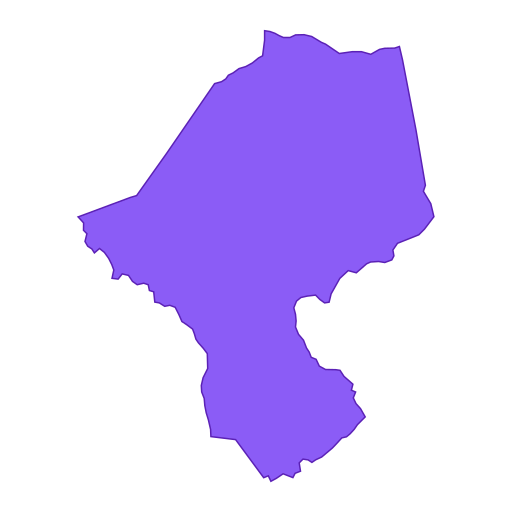 outline of Wenceslau Braz, Paraná, Brazil
{"feature_id": "56859067B89117717047367", "entity_name": "Wenceslau Braz", "entity_type": "district", "adm_level": 2, "iso_a3": "BRA", "parent_name": "Brazil", "parent_adm1": "Paraná", "projection": "robinson", "projection_center": [-49.79, -23.87], "detail": "fine", "context": "isolated", "style": "filled", "palette": "violet", "viewbox_px": 512, "rotation_deg": 0, "n_neighbors": 0, "source": "geoboundaries", "source_scale": "gbopen_adm2", "svg_char_len": 1928}
<svg xmlns="http://www.w3.org/2000/svg" viewBox="0 0 512 512"><path d="M263.7,477.7L268.3,475.8L270.9,481.3L276.4,478.3L283.1,473.8L292.9,477.6L295.1,473.3L300.5,471.2L299.2,462.9L303.0,459.1L308.1,459.9L311.9,462.4L315.7,459.8L321.7,457.0L332.4,448.0L336.5,443.7L341.8,437.9L346.5,436.8L350.2,433.7L354.3,429.2L357.4,424.7L365.2,416.9L360.5,408.6L356.0,403.6L353.3,397.9L355.6,392.0L351.4,390.2L352.9,384.2L344.0,376.4L340.0,370.3L335.7,369.7L325.5,369.5L319.3,366.1L316.1,359.3L311.2,357.3L309.2,352.1L306.5,348.0L303.5,340.2L298.5,334.3L295.5,327.0L296.1,321.0L295.5,314.3L293.8,307.8L296.5,301.1L300.9,297.5L307.2,296.1L315.6,295.1L319.9,299.5L324.6,302.9L329.1,302.2L331.1,293.9L339.8,278.4L348.2,270.6L356.3,272.8L366.6,263.8L370.6,262.0L378.6,261.5L384.8,262.5L391.8,259.9L393.9,255.9L392.9,250.0L397.5,243.3L418.8,234.8L424.5,229.1L433.9,216.7L430.8,203.7L423.4,191.3L425.4,185.3L416.0,130.1L402.5,59.8L399.4,46.5L394.7,48.1L384.7,48.3L379.5,49.4L370.8,54.3L361.5,51.7L352.2,51.7L339.3,53.5L325.5,44.1L321.5,42.4L311.7,36.5L304.1,34.7L295.6,34.9L290.0,37.5L283.4,37.5L279.1,35.6L274.9,33.3L269.9,31.5L264.6,30.7L264.6,40.1L262.6,55.8L258.6,57.9L252.3,63.0L245.7,66.6L239.0,68.6L233.1,72.9L228.4,75.2L225.8,78.9L221.5,81.7L214.6,83.6L166.6,153.4L136.6,195.6L130.5,197.4L78.1,216.9L83.6,222.9L83.5,230.3L86.9,233.7L85.0,241.5L87.7,246.2L91.9,249.0L94.4,252.9L99.5,248.5L104.4,252.4L108.7,258.4L111.8,264.6L113.8,270.0L112.0,278.3L118.1,279.1L122.2,273.9L128.5,275.4L132.5,281.4L137.2,284.7L143.7,283.2L148.2,284.7L149.4,290.5L153.7,291.8L154.8,302.1L159.3,302.9L164.7,306.3L169.8,305.3L175.2,307.3L178.9,314.6L181.9,321.5L187.0,324.9L192.6,329.1L194.3,333.6L195.9,339.1L198.4,342.8L203.2,348.2L207.3,353.6L207.7,368.5L205.3,373.3L203.1,377.7L201.3,385.5L201.7,392.0L204.2,398.4L204.8,405.5L206.2,412.7L208.4,419.9L210.6,429.5L210.9,436.6L235.6,439.6L263.7,477.7Z" fill="#8b5cf6" stroke="#5b21b6" stroke-width="1.5"/></svg>